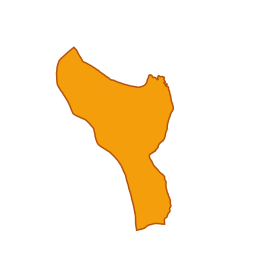 outline of Si Chiang Mai, Nong Khai, Thailand, rotated 229°
{"feature_id": "78962969B28674959070038", "entity_name": "Si Chiang Mai", "entity_type": "district", "adm_level": 2, "iso_a3": "THA", "parent_name": "Thailand", "parent_adm1": "Nong Khai", "projection": "mercator", "projection_center": [102.502, 17.934], "detail": "fine", "context": "isolated", "style": "filled", "palette": "amber", "viewbox_px": 256, "rotation_deg": 229, "n_neighbors": 0, "source": "geoboundaries", "source_scale": "gbopen_adm2", "svg_char_len": 5297}
<svg xmlns="http://www.w3.org/2000/svg" viewBox="0 0 256 256"><g transform="rotate(229 128 128)"><path d="M129.1,183.7L129.5,183.6L129.8,183.6L130.2,183.7L131.0,184.3L131.9,185.0L132.3,185.3L132.5,185.3L132.8,185.3L133.0,185.2L133.3,184.9L134.2,184.5L135.1,184.1L135.3,184.0L135.5,184.1L135.7,184.4L135.6,184.5L135.0,185.1L134.9,185.3L134.8,185.5L134.9,185.8L135.1,186.0L135.3,186.2L135.5,186.2L136.0,186.1L136.2,185.9L136.2,185.5L136.3,185.4L136.5,185.2L137.0,185.0L137.7,184.7L138.2,184.6L138.4,184.6L138.5,184.6L138.7,184.8L138.7,185.2L138.7,185.3L138.6,185.5L138.3,185.7L138.2,185.9L138.1,186.1L138.2,186.3L138.4,186.5L138.6,186.6L138.9,186.6L139.3,186.5L139.6,186.6L140.2,186.8L141.0,187.0L141.4,187.1L141.5,187.2L141.7,187.4L141.8,187.6L141.9,188.2L142.0,188.4L142.1,188.5L142.3,188.6L142.6,188.5L143.9,187.9L144.3,187.7L144.5,187.5L144.7,187.3L144.7,187.2L144.9,186.6L145.0,186.5L145.1,186.4L146.0,185.9L146.6,185.7L147.2,185.6L147.3,185.6L147.5,185.4L147.5,185.1L147.4,184.9L147.3,184.6L147.2,184.4L147.0,184.2L146.5,183.6L145.2,182.6L145.0,182.4L145.0,182.1L145.1,181.9L145.3,181.8L145.5,181.8L146.0,181.9L146.6,181.9L146.8,181.9L147.4,181.8L147.9,181.7L148.3,181.6L148.5,181.5L148.7,181.3L149.1,180.9L149.7,180.2L149.8,180.0L150.3,180.0L150.6,180.0L150.9,180.1L151.4,180.3L151.9,180.4L152.2,180.3L152.4,180.3L152.7,180.1L152.9,180.0L153.1,179.9L153.6,179.5L153.7,179.3L153.9,179.1L154.0,178.8L154.0,178.7L153.9,178.5L153.9,178.3L153.7,177.9L153.3,177.3L152.6,176.4L152.5,176.0L152.2,175.4L151.9,174.6L151.6,174.0L151.4,173.7L150.5,172.9L150.4,172.7L150.2,172.2L149.7,170.7L149.6,170.2L149.5,169.9L149.4,169.5L149.4,169.2L149.5,168.5L149.6,167.5L149.6,167.3L149.7,167.0L149.8,166.7L150.5,165.2L151.0,164.0L151.5,163.1L151.7,162.8L152.2,162.3L155.2,159.9L157.8,157.7L164.3,153.3L166.0,152.4L168.8,150.7L171.8,149.2L173.3,148.6L173.9,148.1L174.7,147.3L175.3,146.9L175.8,146.7L176.7,146.4L177.3,146.2L178.1,146.3L178.6,146.2L179.4,146.0L180.2,145.7L181.0,145.3L181.9,145.2L183.4,145.0L184.7,144.6L186.3,144.2L187.9,143.8L188.5,143.7L189.1,143.6L190.1,143.5L191.0,143.4L192.6,142.8L193.5,142.6L195.1,142.2L199.1,141.0L204.4,139.1L206.1,138.3L207.0,137.8L207.9,137.5L208.2,137.5L209.3,137.9L210.5,138.2L211.2,138.4L212.3,138.5L214.7,138.8L216.8,139.2L218.9,139.9L220.4,140.2L222.1,140.2L224.4,140.1L224.6,132.6L224.4,125.2L224.4,122.7L224.2,121.3L224.1,120.8L223.8,119.9L223.1,118.6L221.9,116.6L220.4,114.4L218.6,112.6L216.1,109.8L215.1,109.1L211.8,106.5L210.2,105.2L208.1,103.8L206.8,103.1L204.9,102.6L203.0,102.3L200.8,101.9L197.1,101.6L194.9,101.2L191.0,100.6L189.1,100.3L187.4,99.9L184.6,99.2L182.7,98.6L178.2,97.0L174.7,96.0L172.6,96.6L170.5,97.4L168.6,98.3L165.0,99.9L163.3,100.8L162.5,101.1L160.8,101.5L160.1,101.6L157.1,101.8L153.6,101.8L151.8,101.8L150.3,101.6L149.5,101.4L148.5,100.9L147.4,100.2L146.4,99.7L145.2,99.1L144.4,98.6L143.7,98.0L140.5,96.4L137.1,95.1L135.8,94.9L134.9,94.8L132.9,95.1L130.6,95.7L127.3,96.8L123.6,97.8L121.3,98.5L118.3,98.7L116.1,98.9L113.6,99.0L112.2,98.9L110.3,99.0L104.0,98.2L100.6,97.2L98.9,96.5L96.5,95.9L93.8,95.1L91.9,94.0L90.6,93.3L89.1,92.6L87.3,91.7L85.2,90.9L83.8,90.1L82.1,89.2L80.1,88.3L78.2,87.5L75.6,86.3L73.2,85.0L71.3,83.9L69.2,83.0L65.6,81.1L64.3,80.4L62.3,79.2L60.7,78.3L59.1,77.3L57.7,76.6L56.0,75.4L54.8,74.3L52.8,72.7L51.5,71.6L49.4,70.1L45.8,67.9L45.2,67.4L42.7,72.1L41.9,73.9L41.6,74.9L41.5,76.1L41.5,77.3L41.5,78.2L41.4,79.0L41.1,79.8L40.8,80.7L40.0,82.2L39.4,83.6L38.6,85.0L37.6,86.6L37.2,86.9L35.8,88.3L34.5,89.6L33.4,90.4L31.4,92.5L32.6,93.5L33.8,94.3L34.8,95.2L35.1,95.5L35.3,95.7L35.4,95.9L35.5,96.7L35.3,98.2L35.3,98.8L35.3,99.0L35.9,99.9L36.9,101.7L37.1,102.4L37.3,103.5L37.4,104.4L37.6,104.9L37.8,105.2L38.1,105.5L39.3,106.1L39.6,106.2L40.0,106.7L40.4,107.5L40.6,108.5L40.7,109.0L40.9,109.2L43.2,110.4L45.3,112.2L46.0,112.6L47.5,113.2L51.2,114.5L51.4,114.6L51.7,114.9L52.1,115.0L53.1,115.2L54.8,115.9L56.2,116.8L57.9,117.6L58.7,118.0L58.8,118.1L61.8,120.9L62.3,121.4L62.5,121.5L63.1,121.6L63.7,121.7L64.2,121.9L65.5,122.1L65.8,122.3L66.5,123.2L66.9,123.5L67.2,123.6L67.6,123.7L69.2,123.7L70.3,123.7L71.2,123.4L72.0,123.2L72.7,123.1L73.4,123.0L74.4,123.0L76.5,123.0L78.3,123.1L80.0,122.9L81.4,122.9L82.6,122.9L83.7,123.0L86.7,123.9L87.5,124.2L88.4,124.3L90.6,124.5L91.0,124.6L92.3,125.4L92.5,125.5L93.3,126.2L93.5,126.5L93.8,126.7L93.3,129.9L93.3,130.9L93.3,131.1L93.2,131.2L93.0,131.3L93.1,132.9L93.2,133.2L93.2,133.3L92.7,133.5L92.8,133.9L93.3,134.4L93.3,134.5L93.3,135.5L93.3,136.2L93.3,136.3L93.5,136.5L93.6,136.8L93.5,137.1L93.7,137.9L93.8,138.0L93.9,138.3L94.2,138.5L94.4,138.6L94.5,138.8L94.6,139.0L94.8,139.1L95.0,139.4L95.0,140.2L95.1,140.3L95.2,140.5L95.6,141.4L95.6,141.5L95.6,142.1L95.5,142.5L95.6,142.8L95.7,143.0L95.6,143.3L95.6,143.8L95.7,144.1L95.7,144.3L95.6,144.5L95.6,145.2L95.4,145.7L95.3,145.9L95.3,146.0L95.7,146.4L95.7,146.5L95.9,147.5L96.0,147.9L96.1,148.3L96.3,148.7L97.4,150.5L99.0,152.5L99.6,153.4L100.3,154.5L101.0,156.0L101.6,156.9L103.2,158.4L104.7,160.0L105.9,161.7L107.0,163.3L107.9,164.6L108.7,166.3L110.2,168.7L111.0,170.2L111.4,171.1L111.6,172.0L111.9,173.1L112.1,173.8L112.7,174.6L113.2,175.2L113.7,175.6L114.9,176.2L117.3,177.5L118.8,178.0L119.5,178.2L121.0,179.1L122.5,180.1L124.0,181.0L125.1,181.6L126.6,182.2L129.1,183.7Z" fill="#f59e0b" stroke="#b45309" stroke-width="1.5"/></g></svg>